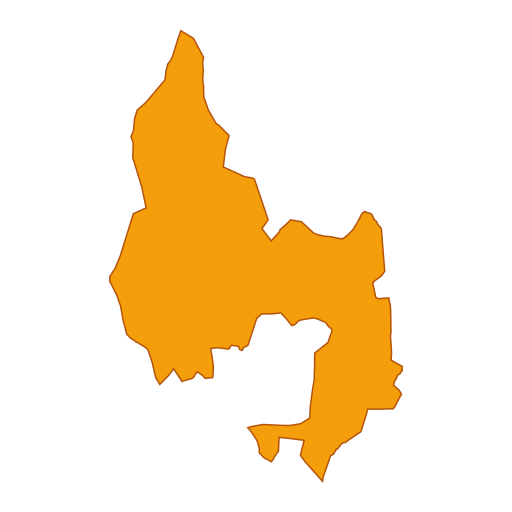 outline of Mani, Katsina, Nigeria
{"feature_id": "59680162B59976260592487", "entity_name": "Mani", "entity_type": "district", "adm_level": 2, "iso_a3": "NGA", "parent_name": "Nigeria", "parent_adm1": "Katsina", "projection": "equal_earth", "projection_center": [7.952, 12.901], "detail": "fine", "context": "isolated", "style": "filled", "palette": "amber", "viewbox_px": 512, "rotation_deg": 0, "n_neighbors": 0, "source": "geoboundaries", "source_scale": "gbopen_adm2", "svg_char_len": 3052}
<svg xmlns="http://www.w3.org/2000/svg" viewBox="0 0 512 512"><path d="M193.5,38.4L180.8,30.7L177.5,40.4L175.3,47.5L173.9,51.8L172.4,56.7L170.2,61.0L167.8,64.0L166.0,71.0L165.0,79.9L156.9,89.4L150.9,96.6L147.9,100.1L145.1,103.2L137.2,110.1L134.6,118.5L133.9,126.1L133.4,131.1L131.0,136.4L133.2,143.1L132.8,157.8L140.4,182.4L141.9,187.4L146.1,207.9L133.4,213.7L130.4,223.3L120.2,256.0L115.2,268.2L110.0,276.2L109.6,280.9L112.5,286.7L116.9,295.4L118.9,301.4L120.5,305.7L123.0,319.9L126.7,334.0L130.3,337.9L136.4,342.0L142.7,345.6L147.3,348.9L148.5,351.3L152.3,362.9L155.7,377.6L159.8,384.4L168.4,375.7L173.7,368.8L182.1,381.6L183.4,380.9L185.0,380.5L186.7,379.9L188.7,379.5L189.8,379.1L191.2,378.8L192.8,378.0L193.4,377.5L194.3,376.3L195.1,374.8L195.5,373.8L196.4,372.8L197.1,371.9L199.6,373.4L202.2,375.2L205.2,378.4L212.8,377.5L213.4,367.5L212.6,360.0L210.7,348.5L217.2,347.7L228.8,349.1L231.3,345.3L238.5,346.3L239.7,349.5L240.9,350.1L241.5,350.4L242.4,350.2L243.0,349.1L243.2,347.8L247.7,345.5L248.4,344.1L248.9,342.3L251.9,333.3L256.7,318.4L258.6,316.6L261.6,314.0L272.9,313.8L280.8,312.9L285.5,317.8L291.7,325.6L294.6,324.7L296.2,323.3L298.6,320.8L301.7,319.8L309.3,318.6L311.8,318.2L313.7,318.0L316.4,318.6L325.3,322.2L328.5,326.5L330.9,328.3L331.6,329.5L332.0,331.3L330.3,335.6L328.6,340.8L328.1,342.4L314.7,353.1L314.6,365.7L314.5,369.8L314.1,381.0L312.8,387.6L310.4,405.6L309.7,418.0L300.7,423.7L289.9,425.5L282.0,425.4L262.7,424.5L251.3,426.6L247.8,427.7L250.4,430.6L251.8,432.6L253.7,435.4L255.5,438.1L256.7,440.2L257.2,441.2L257.9,443.2L258.4,445.2L258.7,446.3L259.5,449.3L259.1,451.7L259.7,453.4L261.1,454.4L261.8,455.5L263.2,457.0L265.2,458.5L267.5,459.5L269.5,460.6L271.2,461.8L272.4,460.5L274.0,457.6L275.7,455.0L277.5,452.5L278.4,451.4L279.1,437.4L286.8,438.1L304.1,440.3L300.4,455.3L305.1,461.7L322.5,481.3L323.1,477.3L330.6,455.7L331.9,455.0L333.2,454.4L335.9,450.1L336.0,449.6L336.1,449.3L336.3,449.1L336.6,449.1L337.0,448.9L337.8,448.8L339.1,446.9L341.2,444.3L342.5,443.0L343.7,442.6L345.5,442.5L348.6,440.0L360.9,431.7L366.2,414.8L366.7,413.1L367.6,409.1L379.9,409.1L393.5,408.7L395.7,405.1L398.9,398.7L401.5,394.2L399.1,390.1L393.6,385.4L394.5,381.5L396.4,378.4L397.4,375.3L400.0,373.8L401.3,371.4L402.3,370.6L402.3,369.8L401.9,367.1L402.4,366.5L391.1,360.2L391.6,352.7L390.5,336.1L391.0,331.1L390.6,310.6L390.4,306.0L388.7,297.9L384.2,298.3L378.2,298.7L376.8,297.9L375.8,297.4L372.7,283.1L374.5,281.0L381.6,275.7L384.7,271.2L382.1,238.5L381.5,229.8L381.1,228.4L379.9,226.7L378.8,225.6L377.6,224.3L376.6,221.7L375.6,220.7L374.5,220.0L371.5,214.0L364.5,211.5L361.9,213.8L357.0,223.1L352.8,229.8L348.2,234.6L342.6,238.9L338.0,238.3L331.6,236.8L324.3,236.2L317.6,234.7L313.6,233.0L301.5,221.8L290.7,219.9L285.6,224.8L279.8,230.0L279.3,231.9L271.2,240.9L262.0,228.7L268.1,219.8L254.5,179.3L253.1,178.2L244.4,176.6L223.3,167.0L225.4,149.2L229.1,135.6L218.6,125.0L216.2,123.7L208.4,110.1L203.8,96.8L203.5,85.3L202.7,79.9L203.3,70.1L202.6,63.6L203.5,57.3L197.0,45.1L193.5,38.4Z" fill="#f59e0b" stroke="#b45309" stroke-width="1.5"/></svg>